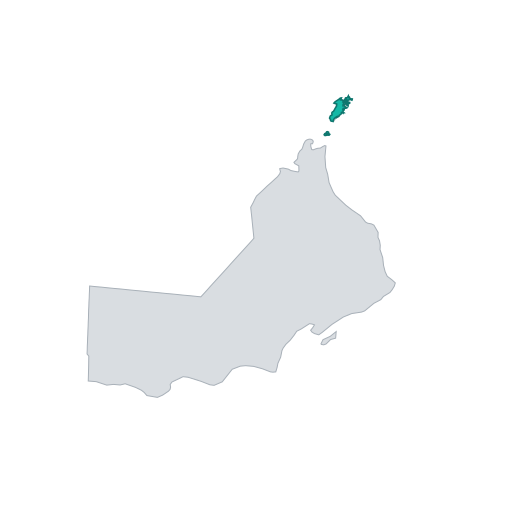 where Musandam sits in Oman, rotated 25°
{"feature_id": "OMN-2425", "entity_name": "Musandam", "entity_type": "Province", "adm_level": 1, "iso_a3": "OMN", "parent_name": "Oman", "parent_adm1": "", "projection": "mercator", "projection_center": [56.333, 25.799], "detail": "fine", "context": "in_parent", "style": "filled", "palette": "teal", "viewbox_px": 512, "rotation_deg": 25, "n_neighbors": 0, "source": "natural_earth", "source_scale": "10m", "svg_char_len": 5680}
<svg xmlns="http://www.w3.org/2000/svg" viewBox="0 0 512 512"><g transform="rotate(25 256 256)"><path d="M156.8,440.2L154.7,435.3L152.6,430.5L150.5,425.7L148.3,420.8L146.8,417.4L144.3,416.2L142.8,412.6L141.2,409.0L139.7,405.3L138.1,401.6L136.6,397.9L135.0,394.2L133.5,390.5L131.9,386.8L130.4,383.1L128.8,379.5L127.2,375.8L125.7,372.1L124.1,368.4L122.6,364.6L121.0,360.9L119.5,357.2L117.9,353.5L122.9,351.8L128.9,349.6L135.0,347.5L141.0,345.4L147.0,343.2L153.1,341.1L159.1,339.0L165.2,336.8L171.2,334.7L177.3,332.6L183.3,330.4L189.4,328.3L195.4,326.1L201.4,324.0L207.5,321.9L213.5,319.7L219.6,317.6L223.3,316.3L224.9,311.3L226.2,307.1L227.4,303.0L228.7,298.8L230.0,294.7L231.3,290.5L232.6,286.4L233.9,282.2L235.2,278.0L236.4,273.9L237.7,269.7L239.0,265.5L240.3,261.3L241.6,257.2L242.9,253.0L244.2,248.8L245.5,244.6L246.6,240.8L244.4,237.1L241.4,232.1L238.3,226.9L235.4,222.0L233.2,218.4L230.6,214.1L230.9,208.5L230.9,205.7L231.1,201.5L233.6,195.5L236.5,188.0L238.7,183.0L240.5,178.6L242.0,175.1L242.8,171.4L242.4,168.9L241.4,168.0L240.6,166.7L243.4,164.8L248.6,163.6L251.5,163.8L255.5,162.9L258.7,162.0L259.0,160.9L258.1,159.0L256.7,156.2L252.2,155.9L250.8,155.1L252.4,151.0L252.4,149.7L251.8,148.2L251.1,145.6L251.4,142.2L252.4,139.9L252.4,138.1L251.9,134.3L252.1,131.0L253.0,129.3L254.7,127.7L256.3,127.0L258.0,127.0L259.3,127.7L259.8,129.4L259.5,130.7L258.5,130.8L258.2,131.3L259.5,133.7L261.5,136.0L263.0,135.6L264.7,133.8L266.4,132.3L268.7,131.0L270.3,128.5L271.6,126.9L272.9,126.7L276.5,136.8L281.8,146.4L286.4,151.6L291.3,158.7L298.7,165.2L302.1,167.4L315.9,172.0L323.4,173.7L333.8,175.4L340.9,178.9L343.3,179.1L347.1,178.1L349.8,178.2L356.7,183.0L358.7,187.6L361.5,190.0L364.1,193.8L365.7,197.8L371.5,203.9L375.6,210.7L379.7,215.7L383.5,218.9L389.1,220.1L393.6,221.5L394.1,224.9L393.6,229.2L392.8,232.5L388.6,238.8L387.6,242.7L382.8,249.1L377.7,259.8L375.4,262.2L367.1,267.7L361.0,274.3L353.8,285.8L348.3,297.2L346.2,300.9L341.8,301.6L338.9,301.3L336.9,300.2L337.7,297.1L338.1,293.7L335.5,294.0L333.1,294.7L327.7,303.2L324.7,307.0L324.0,311.7L322.6,317.8L320.4,323.4L319.5,328.1L319.5,330.8L321.1,337.3L321.2,344.0L322.2,348.0L322.9,352.7L320.3,354.2L318.1,354.9L309.4,355.5L300.6,357.0L292.9,359.8L288.3,362.5L282.3,368.7L278.6,384.3L272.7,390.9L268.7,392.2L259.2,392.8L245.7,394.6L240.9,396.2L233.1,405.7L232.5,408.7L234.0,410.9L234.5,413.2L233.8,415.5L230.2,421.5L226.4,425.8L216.1,428.6L212.3,426.9L208.9,426.1L202.2,426.0L191.4,427.1L187.4,430.3L181.1,432.6L175.3,436.1L164.3,437.4L156.8,440.2ZM269.7,100.6L269.0,101.5L268.0,101.6L265.7,100.8L264.3,99.0L264.6,96.8L264.7,92.9L265.3,89.1L265.1,85.1L263.3,84.3L262.1,84.5L265.0,78.8L266.2,78.0L267.3,78.3L270.0,77.7L271.4,74.7L272.6,73.0L273.8,73.2L274.3,74.1L273.9,78.8L273.9,82.7L272.4,94.6L270.8,96.6L270.0,98.3L269.7,100.6ZM354.9,307.9L352.7,308.5L352.0,308.2L352.1,303.5L357.2,297.5L360.6,290.6L362.9,296.8L358.9,300.2L356.7,306.1L354.9,307.9ZM269.2,116.7L267.7,117.8L266.6,117.6L266.9,115.5L267.5,114.1L269.0,114.2L269.4,115.1L269.2,116.7Z" fill="#d9dde1" stroke="#a8b0b8" stroke-width="1"/><path d="M264.6,100.3L264.3,99.8L264.2,98.0L264.2,97.4L264.6,97.0L265.0,96.6L265.3,96.1L265.1,95.6L264.3,94.5L264.2,93.8L264.3,93.3L265.0,92.3L265.2,91.7L265.4,88.2L265.6,87.1L265.7,86.4L265.5,85.6L265.0,84.1L264.6,84.0L262.8,84.5L262.0,84.5L262.1,84.2L262.5,82.8L264.8,79.1L265.6,77.3L266.0,77.0L266.6,76.6L266.6,76.9L266.6,77.4L267.0,78.0L266.9,78.2L266.7,78.8L267.0,78.8L267.3,78.5L268.2,78.4L268.4,78.1L268.6,78.0L269.1,78.2L269.5,78.6L269.6,79.3L269.9,78.9L270.1,78.9L270.4,79.1L270.8,79.1L271.8,78.4L272.1,78.3L273.2,78.6L273.4,78.5L273.5,78.2L273.4,77.9L273.1,77.6L272.9,77.5L272.2,77.4L271.7,77.4L271.4,77.6L271.2,77.8L270.9,78.2L270.5,78.4L270.1,78.3L270.1,77.8L270.3,76.2L270.3,75.6L271.4,76.4L271.8,76.6L272.0,76.0L271.9,75.7L271.5,75.3L271.0,75.0L270.6,74.8L270.7,74.5L270.9,74.4L271.1,74.4L271.3,74.3L271.8,73.7L272.0,73.3L271.9,72.4L272.0,71.8L272.7,72.9L273.3,72.5L273.4,72.4L273.7,72.6L273.5,72.9L273.5,73.0L273.7,73.4L274.0,73.1L274.4,73.5L274.7,73.7L275.5,73.9L275.9,74.0L276.4,74.0L276.3,73.8L276.2,73.3L276.1,73.2L276.9,72.9L277.2,73.9L277.1,74.3L276.6,74.3L275.7,74.3L275.2,74.5L274.1,75.4L273.5,75.8L273.6,76.0L273.3,76.4L274.0,77.2L274.4,77.6L274.9,77.7L275.2,77.6L275.6,77.3L276.0,77.2L276.4,77.7L275.7,78.9L275.4,79.0L275.2,78.3L274.8,78.3L274.4,78.3L274.6,78.7L274.6,78.9L274.5,79.1L274.4,79.3L274.9,79.8L275.4,80.1L275.9,80.5L276.1,81.2L275.7,81.2L275.3,81.1L275.0,80.9L274.7,80.7L274.2,80.9L273.7,80.7L273.5,80.3L273.4,79.6L273.2,79.8L272.7,80.0L272.5,79.7L272.6,79.4L272.7,79.2L273.0,79.1L272.2,78.9L271.3,79.4L270.8,80.2L271.1,80.7L270.9,81.1L270.8,81.6L270.9,82.1L271.1,82.6L271.4,81.8L271.7,81.4L272.0,81.2L272.3,81.5L272.3,81.9L272.2,82.4L272.0,82.8L272.7,83.1L275.9,83.1L275.6,83.6L275.0,84.1L273.9,84.7L272.9,85.1L272.6,85.4L272.7,86.1L273.6,85.6L274.1,86.0L274.1,86.8L273.3,87.3L273.5,87.7L273.9,88.3L274.1,88.6L274.4,88.8L275.2,89.0L274.9,89.2L274.8,89.3L274.7,89.8L274.2,89.5L273.6,89.4L273.1,89.4L272.7,89.8L273.3,90.8L273.0,91.6L272.5,92.4L272.0,93.3L272.0,93.6L272.0,94.5L271.3,95.2L270.8,96.2L270.4,96.7L269.9,97.0L269.9,96.2L269.4,97.0L268.9,98.3L268.6,99.7L268.9,101.0L269.1,101.5L267.6,101.9L267.0,102.0L266.5,101.9L266.2,101.6L265.9,100.8L265.6,100.5L264.7,100.4L264.6,100.3ZM271.5,114.5L271.3,115.5L270.4,116.0L269.5,116.3L269.1,116.7L268.1,117.4L267.5,117.7L267.0,117.5L266.5,117.3L266.5,117.1L266.5,116.9L266.6,116.0L267.5,115.5L267.9,115.1L267.6,114.8L267.5,114.4L267.5,113.7L268.4,113.0L269.5,113.1L270.1,114.2L271.5,114.5ZM268.5,116.2L269.2,115.9L269.4,115.3L268.9,114.9L268.6,115.0L268.4,115.2L268.5,116.2Z" fill="#14b8a6" stroke="#0f766e" stroke-width="1.5"/></g></svg>